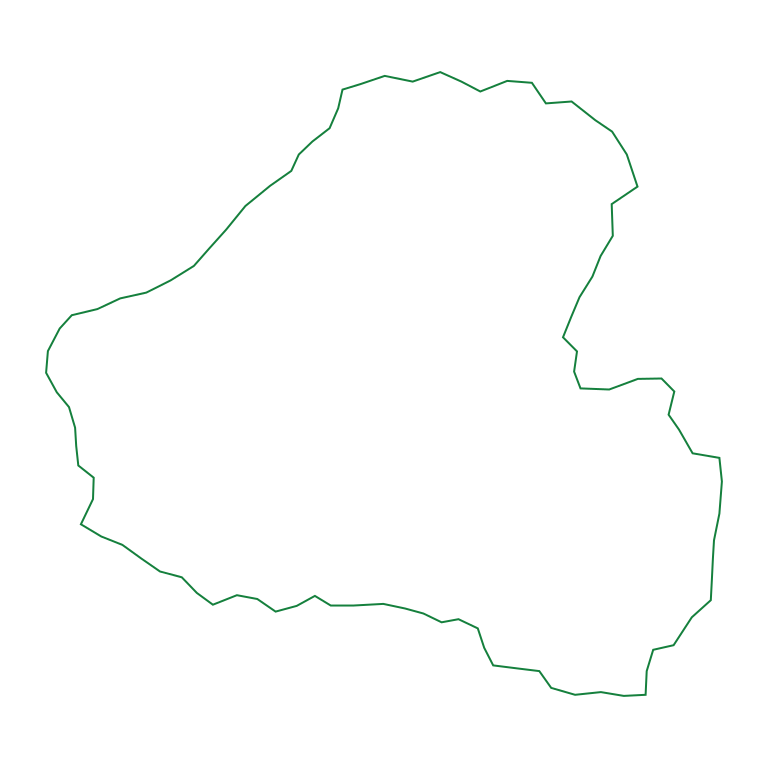 outline of Piedade de Ponte Nova, Minas Gerais, Brazil
{"feature_id": "56859067B78649658437346", "entity_name": "Piedade de Ponte Nova", "entity_type": "district", "adm_level": 2, "iso_a3": "BRA", "parent_name": "Brazil", "parent_adm1": "Minas Gerais", "projection": "orthographic", "projection_center": [-42.716, -20.24], "detail": "fine", "context": "isolated", "style": "outline", "palette": "green", "viewbox_px": 768, "rotation_deg": 0, "n_neighbors": 0, "source": "geoboundaries", "source_scale": "gbopen_adm2", "svg_char_len": 1293}
<svg xmlns="http://www.w3.org/2000/svg" viewBox="0 0 768 768"><path d="M712.9,558.6L714.0,540.3L719.4,513.6L721.9,481.5L719.4,457.9L692.6,453.3L679.0,429.6L668.6,414.7L674.3,391.5L661.5,378.5L637.8,378.9L609.2,389.5L580.5,388.4L574.1,371.6L577.0,351.4L563.0,337.3L571.3,316.7L579.5,297.2L592.4,276.6L600.6,256.0L612.8,235.8L611.7,204.1L637.5,186.6L626.8,154.5L612.1,131.6L595.3,120.2L571.6,101.5L545.9,103.4L531.9,82.8L507.2,80.9L480.3,91.5L461.4,81.6L440.2,72.1L412.7,81.6L384.7,75.9L361.1,83.9L342.5,89.6L338.2,108.3L329.6,128.2L312.4,141.5L298.8,154.5L291.3,170.9L270.1,185.8L245.4,206.0L226.1,229.7L209.3,248.4L193.9,265.9L170.6,280.4L146.3,292.6L120.2,298.4L97.3,309.1L71.8,315.2L59.7,328.5L47.9,351.1L46.1,372.8L56.8,392.3L69.0,407.1L75.1,427.7L76.2,446.0L78.3,465.5L93.7,477.7L93.0,499.1L80.9,524.3L101.3,536.5L122.4,544.9L141.4,558.6L160.0,571.5L181.8,577.3L196.8,592.9L212.9,604.7L236.9,595.2L257.3,599.0L275.6,611.6L296.7,605.9L314.9,595.9L330.7,605.5L354.0,605.5L383.3,603.9L405.1,608.5L423.4,613.5L441.6,622.3L458.5,619.2L477.8,628.4L484.2,647.8L493.2,665.4L517.2,668.4L539.3,671.1L551.2,687.9L575.1,694.8L600.9,692.1L623.8,695.9L645.6,694.8L646.7,671.1L653.2,649.8L673.6,645.2L691.8,617.3L710.8,600.2L711.9,579.2L712.9,558.6Z" fill="none" stroke="#15803d" stroke-width="2"/></svg>